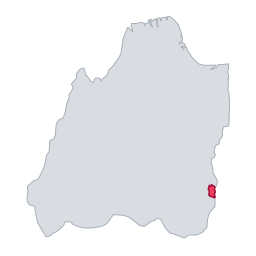 location of Dandi, Kebbi, Nigeria, rotated 179°
{"feature_id": "59680162B35628626888177", "entity_name": "Dandi", "entity_type": "district", "adm_level": 2, "iso_a3": "NGA", "parent_name": "Nigeria", "parent_adm1": "Kebbi", "projection": "equal_earth", "projection_center": [3.827, 11.863], "detail": "fine", "context": "in_parent", "style": "filled", "palette": "rose", "viewbox_px": 256, "rotation_deg": 179, "n_neighbors": 0, "source": "geoboundaries", "source_scale": "gbopen_adm2", "svg_char_len": 4519}
<svg xmlns="http://www.w3.org/2000/svg" viewBox="0 0 256 256"><g transform="rotate(179 128 128)"><path d="M212.2,21.0L220.2,35.3L222.0,46.0L222.7,51.3L224.0,51.9L226.4,52.2L228.2,53.3L229.3,55.0L230.0,56.7L230.1,57.6L229.7,64.1L229.1,66.4L229.5,69.5L229.4,70.9L229.2,71.8L228.1,72.9L226.6,73.9L223.1,77.0L222.1,77.4L220.6,77.5L219.3,78.3L217.8,79.9L214.6,86.1L211.9,92.3L209.9,102.3L207.5,105.4L207.0,108.2L206.7,114.4L206.4,116.3L206.0,116.9L203.3,118.1L201.8,119.5L200.9,122.3L199.8,132.0L199.4,133.6L198.5,135.2L197.1,137.0L196.0,138.0L192.9,138.7L190.0,146.0L190.0,147.2L188.8,153.8L186.5,158.8L186.4,162.0L183.6,166.4L182.2,169.4L183.7,172.5L183.8,173.0L179.0,178.2L178.7,179.0L178.5,182.7L178.2,183.7L177.3,185.0L176.0,186.5L174.7,187.6L173.2,188.4L171.7,188.7L170.9,188.2L170.4,187.1L169.6,182.7L169.2,181.7L168.2,180.8L164.5,175.9L162.2,174.2L161.7,174.3L161.4,174.8L160.7,177.3L160.1,178.2L158.9,178.5L156.8,178.5L155.3,178.2L155.0,177.7L154.3,175.7L149.6,180.2L148.0,181.2L146.0,186.5L143.1,189.1L141.1,191.4L135.7,198.7L134.6,200.8L133.5,203.9L131.3,217.5L127.6,226.0L127.1,227.8L126.9,227.7L126.4,228.5L124.9,228.0L124.3,226.4L123.4,226.2L121.8,223.8L121.5,224.2L123.1,230.1L122.6,232.4L118.0,232.4L114.1,233.2L111.4,233.1L110.0,232.3L109.4,230.1L109.2,230.3L109.0,231.5L108.2,232.4L105.2,232.6L103.8,231.1L102.7,229.4L101.6,228.7L101.7,229.4L103.1,231.0L102.9,233.4L100.5,236.1L98.9,236.2L98.0,235.1L97.5,233.2L97.2,230.3L96.6,228.5L96.2,228.5L96.7,231.5L96.7,234.4L97.8,236.6L96.1,237.3L93.9,237.4L93.6,236.6L93.4,234.7L93.0,234.3L92.6,237.4L88.2,238.3L87.5,238.1L87.4,237.5L87.7,236.7L87.7,235.3L86.7,236.4L86.5,238.5L86.0,238.9L84.3,238.6L82.5,237.5L79.5,234.7L75.9,230.3L75.3,228.3L74.2,225.8L72.3,219.1L72.7,218.8L73.5,219.1L73.9,218.5L72.4,218.0L72.1,217.6L72.0,216.1L72.1,214.2L74.4,213.3L74.9,212.2L75.2,211.1L72.4,212.8L69.7,210.8L69.2,209.7L69.4,208.8L72.5,208.7L73.6,207.9L72.9,207.6L71.8,207.6L71.3,207.0L71.4,205.7L71.0,206.0L70.5,207.2L68.7,208.1L67.7,207.2L67.6,205.2L67.3,204.3L66.4,203.6L63.3,198.3L59.4,193.8L55.9,190.8L50.7,189.3L39.6,189.4L39.0,189.0L39.7,188.3L40.7,187.8L44.2,185.3L43.6,185.0L39.9,186.5L38.7,186.7L37.0,189.7L26.2,190.3L26.2,188.9L26.7,185.0L27.4,182.3L26.6,179.1L26.5,176.1L26.9,175.2L27.1,174.1L27.0,166.5L27.6,165.4L27.6,164.6L26.4,161.4L26.5,158.9L26.3,156.5L25.9,155.4L26.3,146.2L26.2,143.9L26.5,142.3L26.7,138.3L26.7,134.4L27.4,128.2L32.1,127.4L33.2,125.0L33.8,121.9L33.6,118.9L35.1,116.3L37.0,113.9L36.9,111.4L37.4,110.6L38.3,110.0L39.5,109.7L40.9,108.4L41.6,106.1L42.4,102.5L41.2,100.0L41.2,99.5L41.7,98.1L42.4,96.8L43.0,96.4L44.3,96.7L44.8,96.2L45.6,92.2L45.5,91.2L44.3,88.5L43.6,81.3L43.2,80.4L42.3,79.1L39.7,74.1L39.7,71.7L40.8,68.6L41.5,67.1L42.5,66.3L42.7,65.6L42.4,64.7L41.9,64.1L41.8,62.7L42.3,60.8L42.2,58.7L42.4,47.9L44.5,45.8L47.6,42.3L49.1,38.6L49.9,35.9L51.0,26.6L52.6,25.6L55.6,22.3L59.8,20.3L62.5,19.7L67.2,20.1L69.6,19.8L71.7,18.0L72.6,17.4L73.9,17.1L85.7,21.9L86.8,21.7L87.7,22.0L89.1,23.3L92.6,27.8L96.3,34.7L97.4,36.2L98.6,37.0L99.7,37.3L100.6,37.1L101.5,36.5L102.6,35.2L104.3,34.6L105.7,34.7L113.1,29.4L113.8,29.3L118.3,30.5L124.5,35.8L129.5,39.3L133.1,40.4L137.3,41.2L144.3,41.5L149.6,34.0L151.6,32.4L153.9,30.9L158.9,29.6L167.1,28.6L174.9,29.0L179.7,30.3L184.8,32.7L187.0,35.1L190.4,35.5L192.9,35.0L193.6,32.7L196.1,29.7L199.7,26.8L202.7,24.9L205.2,24.0L207.4,21.8L209.1,21.0L212.2,21.0ZM105.4,235.6L103.8,236.3L102.7,236.1L104.2,233.1L104.9,233.7L105.9,234.0L105.4,235.6Z" fill="#d9dde1" stroke="#a8b0b8" stroke-width="1"/><path d="M44.4,57.9L44.0,57.1L43.7,56.9L43.4,56.8L43.1,56.9L42.9,57.0L42.6,57.2L42.4,57.2L42.1,57.3L42.2,57.8L42.7,59.2L42.8,59.9L42.8,60.7L42.4,61.5L42.1,62.0L41.9,62.2L42.0,62.8L42.1,63.5L42.2,64.2L42.7,64.5L42.7,64.8L42.7,65.0L42.7,65.7L42.7,65.8L42.6,66.0L42.3,66.6L42.2,66.7L42.2,66.8L42.1,67.0L42.2,67.4L42.2,67.5L42.4,67.8L42.5,68.0L42.8,68.1L43.1,68.4L44.6,69.2L45.0,69.2L45.2,69.6L45.4,69.7L45.4,69.8L45.5,69.8L45.6,69.7L45.8,69.1L45.7,68.9L45.9,68.7L46.0,68.6L46.3,68.5L46.5,68.4L46.9,68.5L47.1,68.5L47.3,68.5L47.5,68.4L47.7,68.7L47.8,68.9L48.0,68.5L48.0,68.3L48.1,68.2L48.2,67.8L48.3,66.7L48.5,66.4L48.8,66.1L48.8,65.5L48.7,65.1L48.4,64.6L47.9,63.9L47.9,63.2L47.8,62.9L47.8,62.7L48.0,62.1L48.0,61.9L48.0,61.6L47.9,60.8L47.9,60.7L48.0,60.4L48.4,60.2L48.2,59.8L48.1,59.7L47.9,59.5L47.8,59.4L47.9,59.1L47.8,58.9L47.7,58.8L47.6,58.7L47.4,58.5L47.0,58.3L46.9,58.3L46.8,58.2L46.5,58.1L46.3,58.0L46.1,58.0L45.9,58.0L45.7,58.0L44.8,57.8L44.4,57.9Z" fill="#f43f5e" stroke="#9f1239" stroke-width="1.5"/></g></svg>